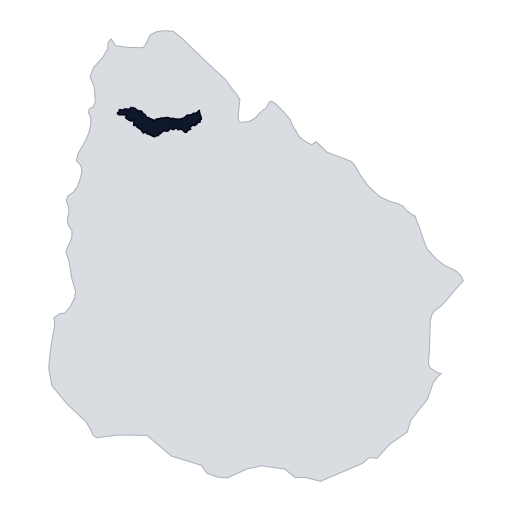 Colonia Lavalleja, Salto, Uruguay (highlighted)
{"feature_id": "84410073B14700525843011", "entity_name": "Colonia Lavalleja", "entity_type": "district", "adm_level": 2, "iso_a3": "URY", "parent_name": "Uruguay", "parent_adm1": "Salto", "projection": "albers", "projection_center": [-56.948, -31.083], "detail": "fine", "context": "in_parent", "style": "filled", "palette": "ink", "viewbox_px": 512, "rotation_deg": 0, "n_neighbors": 0, "source": "geoboundaries", "source_scale": "gbopen_adm2", "svg_char_len": 6032}
<svg xmlns="http://www.w3.org/2000/svg" viewBox="0 0 512 512"><path d="M441.1,373.7L437.2,377.1L432.9,383.4L427.6,398.9L410.9,420.0L407.3,432.0L389.7,444.2L377.2,458.2L369.2,457.6L362.0,463.6L320.5,481.3L305.8,477.5L294.9,477.4L284.9,469.1L261.7,465.8L247.2,468.9L227.6,477.8L221.7,477.6L217.5,477.1L207.0,473.3L201.3,465.3L171.3,456.1L147.0,435.3L118.4,435.0L96.5,437.8L93.0,435.1L90.8,429.8L86.2,422.1L67.0,403.9L51.9,385.8L48.7,367.9L50.6,348.4L54.8,325.2L53.9,318.0L59.4,313.8L64.9,312.9L70.1,306.8L74.8,297.7L75.5,290.9L71.7,278.2L68.9,260.5L65.8,251.7L71.8,237.8L72.0,231.0L68.3,225.0L67.3,218.9L68.9,212.6L68.5,206.6L66.2,200.8L67.8,196.0L73.4,192.2L77.6,186.3L80.3,178.4L81.7,172.4L81.7,168.3L80.0,164.4L76.4,160.8L78.0,153.5L84.6,142.5L88.9,132.8L90.8,124.3L90.7,117.5L88.4,112.3L89.3,108.8L93.4,106.9L95.3,101.4L94.5,87.8L90.1,76.6L93.4,67.7L102.8,57.3L107.7,48.9L108.1,42.6L111.0,38.9L115.6,45.7L129.1,47.5L142.7,47.7L144.9,46.0L150.3,34.8L157.3,31.5L165.0,30.7L173.4,31.3L182.3,38.7L207.5,63.0L225.9,80.0L231.5,88.0L236.3,93.9L239.9,99.5L238.3,113.9L238.4,120.2L239.3,122.0L243.5,122.2L249.7,121.2L255.0,118.2L259.2,113.6L263.2,109.9L266.5,107.9L267.7,104.9L269.6,101.8L271.5,101.1L275.2,103.5L283.6,111.8L290.2,119.5L291.8,123.9L294.3,128.5L296.9,132.5L298.8,136.3L305.2,141.5L311.7,144.8L316.1,141.6L327.1,152.2L351.3,161.4L355.7,166.8L359.8,174.4L368.1,186.0L379.6,196.5L389.0,201.1L398.0,203.8L403.1,206.2L406.4,210.2L411.9,214.6L415.3,216.2L416.4,220.0L419.7,228.4L423.2,239.0L427.0,248.8L435.5,258.4L445.2,265.9L455.3,270.4L461.0,275.6L463.3,281.0L456.1,288.6L448.2,298.2L441.4,305.7L434.4,310.9L432.0,314.6L430.3,320.3L429.4,350.9L428.5,362.3L428.9,365.3L429.8,367.4L434.0,370.5L439.0,373.2L441.1,373.7Z" fill="#d9dde1" stroke="#a8b0b8" stroke-width="1"/><path d="M139.9,128.9L140.6,129.4L141.7,130.7L143.1,132.9L143.5,133.0L144.6,132.6L145.6,132.1L146.1,132.2L146.3,132.7L146.9,133.7L148.0,134.1L149.6,134.5L152.7,136.2L153.7,136.6L154.9,136.7L155.6,136.1L156.9,135.6L158.5,135.5L158.7,134.5L159.2,134.0L160.5,133.5L160.8,133.2L160.5,132.8L160.2,132.6L160.6,132.5L162.0,132.3L162.8,131.2L163.5,130.9L165.3,130.9L166.5,131.2L167.8,131.1L168.7,130.5L169.1,129.7L169.6,128.6L170.4,128.5L172.3,129.4L173.4,129.6L174.3,129.3L175.1,128.4L175.9,127.8L176.4,127.9L176.9,128.4L177.4,129.1L177.9,129.7L179.0,129.6L180.8,129.2L181.6,129.4L182.5,129.9L183.2,130.7L184.8,132.2L186.1,132.4L186.5,132.2L186.7,131.3L187.2,131.3L187.3,130.7L188.3,130.1L189.3,129.7L190.6,129.1L190.1,128.5L189.5,127.6L189.7,127.2L191.3,126.4L192.0,125.6L193.2,124.9L193.7,125.0L194.3,125.6L194.8,125.6L197.3,123.6L197.4,122.5L197.8,122.1L199.0,122.3L199.8,122.2L200.2,121.5L200.1,120.3L200.2,119.8L201.3,119.2L201.4,118.6L201.1,117.2L199.8,113.4L199.5,111.8L199.2,110.5L198.9,110.6L198.7,110.7L198.5,110.9L198.5,111.1L198.3,111.3L198.2,111.3L198.1,111.5L198.0,111.8L197.8,112.0L197.7,112.0L197.5,112.3L197.3,112.4L197.2,112.4L197.1,112.5L196.9,112.5L196.7,112.6L196.6,112.8L196.4,113.0L196.2,113.3L195.9,113.4L195.7,113.3L195.3,113.2L195.0,113.2L194.9,113.3L194.7,113.3L194.3,113.4L194.1,113.3L193.9,113.2L193.7,113.2L193.6,113.3L193.4,113.3L193.2,113.4L193.1,113.6L193.0,113.8L192.8,113.8L192.7,114.0L192.4,114.1L192.2,114.3L192.2,114.5L191.8,114.6L191.6,114.8L191.3,114.9L191.1,114.9L190.8,114.8L190.5,114.8L190.2,114.9L189.8,115.1L189.4,115.1L189.0,115.1L188.6,115.1L188.1,115.1L187.6,115.1L187.3,115.1L187.1,115.1L186.9,115.2L186.6,115.5L186.4,115.8L186.1,116.2L185.8,116.5L185.5,116.8L185.2,117.0L184.8,117.3L184.4,117.5L184.1,117.8L184.0,118.0L183.8,118.1L183.4,118.1L183.1,118.2L182.5,118.4L182.0,118.6L181.6,118.8L181.1,118.9L180.6,119.0L180.3,119.0L179.8,119.0L179.4,119.0L178.8,119.1L178.4,119.3L177.9,119.3L177.6,119.3L177.2,119.3L176.8,119.0L176.3,119.0L175.8,119.0L175.5,119.1L175.4,119.1L175.2,119.0L175.1,118.9L174.9,118.8L174.6,118.7L174.2,118.6L173.7,118.5L173.4,118.4L173.0,118.3L172.7,118.3L172.3,118.6L171.8,118.7L171.4,118.7L171.1,118.7L170.6,118.5L170.2,118.3L169.7,118.1L169.2,117.9L168.9,117.8L168.7,117.8L168.4,117.7L168.2,117.7L167.8,117.6L167.7,117.5L167.3,117.5L167.2,117.6L166.8,117.5L166.5,117.5L166.4,117.6L166.2,117.7L165.9,117.7L165.4,117.8L165.0,117.7L164.5,117.7L164.4,117.7L164.2,117.7L163.9,117.8L163.5,118.0L163.0,118.2L162.6,118.3L162.3,118.2L162.0,118.2L161.8,118.1L161.6,118.0L161.4,118.0L161.2,118.0L161.1,117.9L161.0,118.0L160.9,118.2L160.7,118.3L160.4,118.5L160.1,118.7L159.8,118.8L159.4,118.8L159.1,118.7L159.0,118.8L158.9,118.7L158.4,118.7L157.9,118.8L157.6,118.9L157.4,119.0L157.1,119.0L156.9,119.0L156.7,119.1L156.4,119.2L156.2,119.2L155.9,119.3L155.8,119.5L155.7,119.5L155.5,119.8L155.4,120.0L155.2,120.0L155.0,120.3L154.9,120.5L154.7,120.6L154.4,120.8L154.1,120.6L153.8,120.4L153.6,120.1L153.2,119.8L152.8,119.6L152.2,119.5L151.7,119.3L151.1,119.0L150.5,118.8L150.0,118.6L149.6,118.3L149.2,118.0L148.7,117.7L148.1,117.6L147.5,117.5L146.9,117.3L146.5,117.0L146.1,116.7L145.8,116.3L145.8,115.7L145.5,115.2L145.2,114.8L144.8,114.5L144.5,114.2L144.2,114.1L143.6,114.0L143.2,113.8L142.9,113.4L142.7,112.8L142.5,112.3L142.3,112.0L141.7,111.8L141.4,111.5L141.2,111.2L140.9,111.0L140.9,110.9L140.5,111.0L140.1,111.0L139.9,111.0L139.3,110.9L138.9,110.8L138.7,110.8L138.2,110.8L138.0,110.7L137.9,110.7L137.8,110.8L137.7,110.7L137.4,110.5L137.3,110.4L137.3,110.2L137.1,110.1L136.9,110.1L136.6,110.0L136.4,109.9L136.3,109.7L136.1,109.5L136.0,109.2L135.8,109.0L135.6,108.9L135.2,108.5L134.6,108.2L134.0,108.0L133.9,108.0L133.6,108.0L133.4,108.1L133.2,108.1L133.2,107.9L133.0,108.0L132.9,108.0L132.7,108.0L132.4,108.0L132.2,108.1L131.8,108.0L131.7,107.9L130.9,107.4L130.6,108.0L129.9,108.7L129.1,109.3L124.7,108.9L124.2,109.3L122.2,110.2L120.5,109.7L119.3,109.8L119.2,111.6L118.6,112.2L117.5,112.9L117.5,113.5L118.1,114.3L119.2,114.8L122.8,114.8L125.9,115.1L126.6,115.7L126.5,116.3L125.6,117.4L125.8,118.0L129.0,120.2L130.5,120.9L131.1,121.1L132.4,119.8L133.8,122.0L133.8,124.1L133.5,124.9L133.7,125.4L136.3,125.6L136.9,126.0L137.0,127.1L139.9,128.9Z" fill="#0f172a" stroke="#020617" stroke-width="1.5"/></svg>